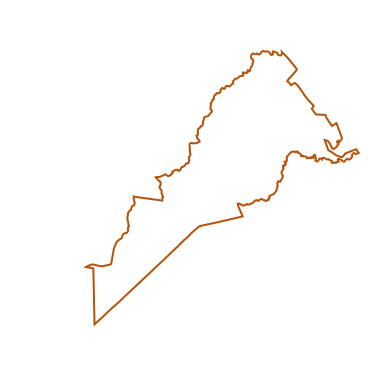 Turbo, Rift Valley, Kenya (Robinson projection), rotated 322°
{"feature_id": "3690345B72874132614538", "entity_name": "Turbo", "entity_type": "district", "adm_level": 2, "iso_a3": "KEN", "parent_name": "Kenya", "parent_adm1": "Rift Valley", "projection": "robinson", "projection_center": [35.133, 0.601], "detail": "fine", "context": "isolated", "style": "outline", "palette": "amber", "viewbox_px": 384, "rotation_deg": 322, "n_neighbors": 0, "source": "geoboundaries", "source_scale": "gbopen_adm2", "svg_char_len": 6150}
<svg xmlns="http://www.w3.org/2000/svg" viewBox="0 0 384 384"><g transform="rotate(322 192 192)"><path d="M347.4,263.8L347.3,262.9L347.7,259.4L337.0,256.1L336.4,256.1L332.4,257.0L331.5,256.7L330.6,255.7L328.4,252.3L325.7,243.9L325.1,243.2L328.6,232.8L329.9,234.4L330.4,235.4L330.5,238.5L329.5,242.7L329.4,243.8L329.5,244.6L330.2,245.3L331.1,245.5L335.0,245.3L335.4,244.5L335.9,244.3L336.7,244.5L337.2,241.6L338.7,241.6L338.9,243.4L343.3,242.1L348.2,226.7L342.9,226.2L343.7,215.7L344.6,213.4L337.4,207.2L337.7,200.2L340.9,199.0L340.2,190.0L340.2,184.9L340.8,179.0L340.8,172.5L340.3,169.7L339.7,169.3L337.8,168.9L336.3,168.9L335.6,168.3L335.9,165.8L335.7,164.6L335.2,163.4L335.8,162.9L336.4,162.9L338.3,162.3L341.1,162.0L348.7,160.5L349.5,160.1L350.3,159.5L350.1,148.1L349.7,141.8L349.4,141.0L349.0,136.9L348.1,138.3L347.4,138.8L346.5,139.1L345.8,138.9L344.6,137.6L344.2,136.8L344.3,136.1L344.7,135.5L345.0,134.6L344.0,133.7L342.9,131.5L342.4,131.0L341.7,131.3L341.2,131.8L340.9,132.7L340.4,133.4L339.5,133.2L338.7,132.5L338.7,128.5L337.4,127.2L335.4,125.7L335.2,125.1L334.3,124.5L333.6,124.3L330.8,125.1L330.0,125.1L329.2,124.8L328.8,123.8L328.7,123.0L327.5,122.8L326.7,122.4L325.2,120.2L323.7,120.5L323.2,120.8L322.5,120.9L321.9,121.3L321.6,122.4L321.0,123.2L321.3,124.2L321.3,125.7L321.1,126.4L320.6,127.0L319.4,127.5L318.3,128.8L316.8,129.6L315.4,129.9L314.1,130.6L313.5,131.4L312.4,132.2L311.7,132.1L311.5,131.0L311.0,130.5L310.8,131.2L310.3,131.7L309.5,131.3L309.0,131.9L308.3,131.9L307.4,130.7L306.7,130.4L306.3,129.6L305.6,129.1L305.1,129.6L304.5,131.6L304.0,131.9L302.0,130.8L300.7,130.2L300.0,130.1L298.3,130.6L297.4,130.4L296.1,129.4L294.7,129.7L293.0,129.8L292.3,130.2L291.8,131.2L291.2,131.8L289.1,131.7L287.0,132.0L286.4,131.6L285.8,131.5L285.5,130.6L284.4,129.6L283.6,129.5L282.5,130.3L281.6,130.7L280.8,130.6L280.3,129.8L280.1,128.9L279.4,128.6L277.4,129.1L275.8,130.7L274.8,130.9L273.9,130.6L272.2,129.3L271.6,129.4L271.0,129.9L270.3,129.8L269.7,129.4L267.1,131.2L266.7,132.1L266.0,132.4L265.2,131.9L264.0,132.9L263.3,132.8L262.2,133.6L261.0,133.8L260.3,135.4L258.8,136.4L258.5,137.2L257.6,137.9L257.8,140.0L257.3,140.7L256.6,141.1L255.7,141.0L254.0,141.7L251.8,142.0L251.0,141.9L247.8,140.6L246.4,141.8L243.7,143.6L242.8,144.9L242.3,145.5L240.6,146.0L240.0,145.6L239.2,146.1L238.5,145.9L237.6,146.3L236.6,146.1L235.7,146.2L234.9,146.7L234.4,147.4L233.7,148.0L233.1,148.8L232.5,149.3L232.2,150.0L231.7,150.6L230.2,150.4L229.3,153.0L229.5,156.1L229.0,157.0L227.3,156.5L226.6,156.7L225.1,156.0L223.0,154.5L222.0,153.2L221.5,152.8L220.0,152.5L218.6,153.9L217.7,155.5L217.0,155.9L216.6,157.4L214.7,159.3L214.4,160.9L212.9,162.3L211.7,162.4L211.0,162.7L209.7,164.2L209.4,165.4L208.6,165.8L206.9,167.1L205.8,166.2L205.0,166.0L201.9,166.9L201.1,166.5L200.4,166.6L199.0,166.1L198.1,166.4L197.1,167.2L195.4,167.5L194.6,167.4L194.3,165.6L193.8,165.1L192.4,164.5L189.6,163.9L188.8,164.0L188.6,164.8L188.2,165.3L187.4,165.0L186.1,165.6L185.3,165.3L184.3,165.3L182.9,164.9L182.0,161.7L176.0,160.3L174.8,159.6L173.6,158.6L172.5,158.1L172.9,163.2L173.4,164.3L173.2,164.9L171.8,166.9L171.1,167.4L170.4,167.4L169.2,168.4L169.3,169.3L168.8,170.1L169.0,171.2L168.9,172.1L167.1,174.5L166.5,177.5L166.1,178.2L165.3,178.1L163.3,180.5L143.7,160.3L143.4,159.7L142.7,160.2L142.2,160.8L141.8,161.5L141.5,162.5L140.9,163.3L140.8,164.0L140.1,165.3L139.5,166.0L138.8,166.6L138.0,166.8L137.3,166.4L136.4,166.3L134.9,166.9L133.0,168.4L131.5,168.4L129.5,168.8L128.7,169.1L128.2,169.7L127.7,170.5L126.0,171.5L125.6,172.4L124.0,174.0L123.3,176.5L121.8,178.3L121.6,179.9L119.8,180.4L117.9,183.2L115.7,184.0L112.8,182.9L111.9,182.9L110.0,183.7L108.6,184.9L107.5,185.1L106.0,184.8L103.0,184.8L101.3,185.2L95.5,188.6L84.3,198.7L83.2,198.8L82.2,198.5L75.1,195.0L74.5,194.5L69.3,188.1L68.3,187.4L64.5,186.2L62.3,185.9L67.2,191.5L33.7,236.3L42.8,235.6L54.9,234.4L68.5,233.6L71.0,233.2L100.0,230.6L132.2,227.6L144.4,226.3L147.4,226.2L151.0,225.6L156.4,225.0L158.9,225.0L167.5,223.9L176.2,223.5L177.5,223.8L192.1,230.9L216.9,242.4L219.9,231.0L220.9,229.3L222.3,230.4L222.4,231.3L223.1,231.9L223.1,232.7L224.1,234.4L225.4,234.6L225.9,235.1L226.6,235.3L228.0,235.3L228.5,236.6L229.2,237.0L233.1,238.0L234.3,238.0L236.2,237.5L238.3,238.4L238.4,239.3L238.9,240.0L240.3,239.8L241.9,239.9L242.6,240.3L243.0,241.9L243.7,242.3L244.7,244.8L246.0,244.7L246.8,244.8L247.3,245.3L247.9,245.2L248.0,244.5L248.6,244.2L249.4,244.4L249.8,243.4L250.3,243.0L251.6,243.1L253.1,243.5L253.8,243.4L254.4,243.8L255.8,243.8L259.0,243.1L259.7,242.7L261.3,241.1L262.6,240.6L263.1,240.1L264.1,238.3L264.9,237.2L265.7,237.3L266.7,236.6L267.7,238.2L268.3,238.3L269.8,237.3L270.6,237.1L271.3,236.6L272.1,236.5L272.6,235.9L273.4,235.5L273.7,234.9L273.7,233.4L274.6,231.6L276.5,230.5L278.1,230.3L278.5,229.8L278.6,229.0L279.1,228.4L279.5,227.7L280.2,227.3L280.8,227.5L281.1,228.3L281.8,228.1L282.4,227.7L283.1,227.8L283.7,225.1L284.5,225.4L285.0,226.1L285.7,225.9L286.5,225.3L287.0,224.6L287.1,223.7L287.6,223.3L288.3,223.2L288.7,222.6L290.2,222.5L291.6,222.0L294.1,221.6L295.6,221.8L296.3,222.5L297.0,222.6L297.5,223.1L297.8,224.2L298.3,224.5L299.0,224.4L299.4,224.9L300.2,225.1L300.2,225.8L299.8,226.2L299.8,226.9L300.3,227.3L301.0,229.0L300.7,229.7L300.7,230.4L300.2,230.8L301.2,232.2L301.8,232.0L302.0,232.6L303.3,233.8L303.7,234.5L303.8,235.5L303.4,236.1L304.9,237.3L305.7,237.1L305.9,238.0L306.7,238.1L307.2,238.7L307.8,238.1L308.4,238.5L308.6,239.2L309.1,238.6L309.9,238.6L310.3,238.1L311.0,238.0L311.7,238.3L311.6,239.1L310.1,240.8L310.5,241.5L310.1,242.1L308.8,242.9L308.5,243.5L308.8,244.3L309.8,245.2L311.1,245.0L311.6,244.6L313.1,244.3L314.1,244.8L314.4,246.6L316.1,245.6L316.7,246.1L317.7,247.6L317.9,248.6L318.9,249.8L319.5,250.0L320.0,250.5L320.0,251.4L321.3,253.4L320.3,254.6L320.4,255.6L321.0,255.5L321.7,255.8L322.6,257.2L323.2,257.7L323.9,257.2L326.2,258.4L326.7,257.4L326.8,256.3L327.5,255.9L328.8,257.1L329.2,258.1L329.8,260.6L330.5,261.7L331.3,261.8L333.3,261.3L334.6,261.3L335.2,261.8L335.6,263.1L336.3,263.5L337.2,263.6L338.6,263.1L339.1,262.8L339.9,262.8L340.9,261.4L341.4,261.0L343.0,260.8L343.5,260.9L344.6,263.1L347.4,263.8Z" fill="none" stroke="#b45309" stroke-width="2"/></g></svg>